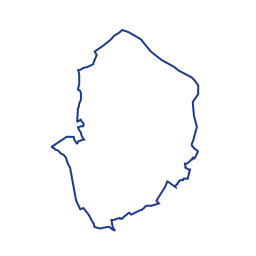 Ehime-Mbano, Imo, Nigeria (Robinson projection), rotated 346°
{"feature_id": "59680162B95469939765095", "entity_name": "Ehime-Mbano", "entity_type": "district", "adm_level": 2, "iso_a3": "NGA", "parent_name": "Nigeria", "parent_adm1": "Imo", "projection": "robinson", "projection_center": [7.283, 5.671], "detail": "fine", "context": "isolated", "style": "outline", "palette": "blue", "viewbox_px": 256, "rotation_deg": 346, "n_neighbors": 0, "source": "geoboundaries", "source_scale": "gbopen_adm2", "svg_char_len": 2824}
<svg xmlns="http://www.w3.org/2000/svg" viewBox="0 0 256 256"><g transform="rotate(346 128 128)"><path d="M139.7,208.6L138.0,205.4L150.1,193.8L153.2,189.4L154.4,190.3L156.0,192.4L158.8,195.6L159.8,196.7L159.7,195.7L160.5,195.2L162.4,194.3L162.6,193.7L163.0,193.3L164.0,192.8L164.4,192.0L165.8,191.5L166.3,191.2L166.9,191.5L167.7,191.7L168.2,191.8L168.5,191.9L168.8,191.8L169.6,191.2L169.6,190.7L171.6,190.9L173.6,191.7L178.1,183.3L177.3,183.1L176.5,182.7L175.9,182.0L175.1,181.2L174.0,180.4L174.0,180.2L174.5,179.0L174.5,178.1L174.5,177.0L174.6,176.3L176.2,176.8L176.5,176.8L177.9,176.3L179.0,175.6L180.3,174.9L180.8,174.5L182.1,174.2L182.9,174.0L182.9,173.2L183.9,172.5L184.5,172.7L185.0,173.5L185.8,172.9L187.2,171.4L188.9,169.3L190.1,167.9L190.1,167.4L189.5,166.5L188.7,165.4L187.4,163.9L186.9,162.7L186.4,162.0L185.8,160.6L185.7,159.9L186.1,158.8L186.6,158.0L187.5,156.9L188.4,155.6L195.1,143.6L195.0,132.0L196.1,124.5L197.1,118.5L204.2,112.3L206.4,103.8L204.4,98.5L204.1,97.9L201.9,94.2L191.0,84.5L187.6,79.9L177.0,70.1L168.5,59.1L161.9,45.0L151.8,35.2L146.0,31.5L142.9,33.2L136.8,35.2L132.8,38.0L123.8,42.1L114.2,45.7L115.3,49.6L109.3,57.8L102.6,59.1L99.8,58.8L95.7,60.0L93.8,59.7L93.7,60.6L93.6,64.4L91.1,74.3L90.1,75.7L88.7,78.7L89.6,79.4L90.4,80.3L90.8,82.4L90.6,83.4L90.0,86.0L89.7,87.5L89.0,89.2L88.0,90.9L86.9,92.0L85.9,93.8L85.3,95.7L84.2,96.8L82.3,103.0L80.4,108.9L80.6,109.6L81.2,109.4L82.6,109.0L83.4,108.7L84.1,108.5L84.1,109.1L84.5,110.2L85.3,111.6L85.9,113.3L85.8,114.1L85.5,114.7L84.8,115.5L83.4,115.2L82.4,114.9L81.6,115.1L80.9,115.2L80.2,115.2L79.8,115.2L79.8,115.9L79.9,117.1L80.1,118.1L80.4,119.1L80.9,120.2L81.1,120.9L81.2,121.9L81.1,123.5L81.3,124.9L82.1,127.8L82.6,128.6L80.4,128.6L78.9,128.7L78.0,129.0L76.9,128.8L76.5,128.8L76.0,129.6L75.8,130.1L75.2,130.5L74.6,130.6L74.2,129.5L73.8,128.7L73.4,127.7L73.2,126.7L73.1,125.5L73.0,124.5L73.2,123.5L66.4,121.7L49.6,127.7L49.7,128.3L50.1,128.8L50.6,129.3L51.4,129.8L51.9,130.6L52.2,131.5L53.2,132.0L53.8,132.4L54.7,133.1L55.2,133.7L55.9,135.3L56.5,136.2L57.0,136.9L57.8,137.3L59.1,138.6L60.6,141.7L60.9,147.3L62.2,152.6L60.1,185.5L62.0,195.2L65.3,194.9L68.9,202.7L71.1,211.5L71.6,212.1L71.5,215.8L72.7,216.6L76.7,218.8L77.9,219.0L79.4,218.7L81.6,219.0L83.2,218.9L85.8,219.5L88.4,222.6L90.7,224.5L89.1,221.1L89.7,213.3L92.3,213.8L95.4,213.4L97.2,213.4L98.3,213.3L98.4,213.8L98.5,214.2L99.3,214.3L100.1,214.6L101.1,214.0L102.9,212.9L104.9,212.2L106.2,211.5L108.3,210.5L108.7,210.5L110.0,212.7L111.9,212.5L116.6,211.4L117.5,211.3L118.9,210.9L119.8,210.7L120.6,210.7L121.5,210.8L122.8,210.1L123.5,209.7L124.2,209.5L124.6,209.2L125.5,208.5L126.2,208.2L126.6,208.0L127.7,208.1L128.8,208.3L129.6,208.4L130.8,208.9L132.0,209.1L133.3,209.0L134.8,209.0L136.3,208.8L138.4,208.9L139.0,208.6L139.7,208.6Z" fill="none" stroke="#1e3a8a" stroke-width="2"/></g></svg>